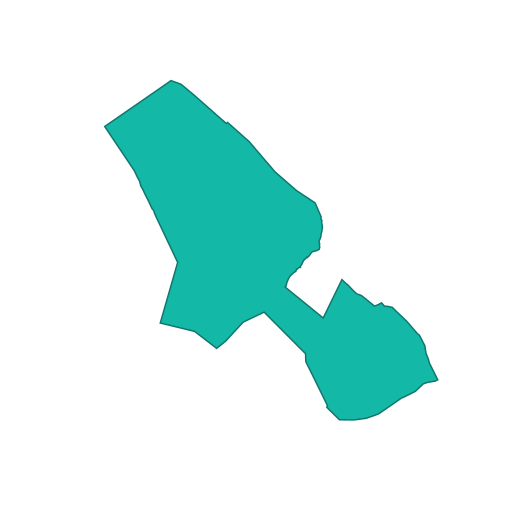 outline of San Juan Sayultepec, Oaxaca, Mexico, rotated 245°
{"feature_id": "50627088B209371934126", "entity_name": "San Juan Sayultepec", "entity_type": "district", "adm_level": 2, "iso_a3": "MEX", "parent_name": "Mexico", "parent_adm1": "Oaxaca", "projection": "robinson", "projection_center": [-97.293, 17.449], "detail": "fine", "context": "isolated", "style": "filled", "palette": "teal", "viewbox_px": 512, "rotation_deg": 245, "n_neighbors": 0, "source": "geoboundaries", "source_scale": "gbopen_adm2", "svg_char_len": 2059}
<svg xmlns="http://www.w3.org/2000/svg" viewBox="0 0 512 512"><g transform="rotate(245 256 256)"><path d="M279.2,332.0L283.7,329.2L283.9,329.1L284.0,329.1L290.9,324.8L298.3,320.3L299.9,319.6L308.2,315.9L323.7,309.0L324.3,308.8L324.8,308.6L327.3,307.9L327.8,307.8L331.2,306.9L332.8,306.4L334.7,305.9L336.1,305.5L337.0,305.2L337.4,305.1L338.8,304.7L340.1,304.4L340.6,304.2L344.7,303.1L349.3,301.8L350.4,301.5L353.2,300.7L355.7,300.1L358.0,299.4L358.8,299.2L362.4,298.2L369.1,295.3L371.6,294.2L374.1,293.2L376.5,292.1L381.4,290.0L383.9,288.9L389.1,286.7L388.6,285.1L400.1,280.0L401.8,279.3L406.2,277.4L408.9,276.2L417.6,272.4L426.8,268.4L429.4,267.2L443.4,260.6L444.4,259.6L448.1,255.9L450.9,253.1L450.2,249.2L437.3,173.6L384.5,181.8L379.0,181.8L378.0,181.8L372.9,182.1L368.3,181.2L363.6,181.6L360.1,181.5L354.1,181.7L350.3,181.8L342.8,181.8L340.5,182.5L337.8,182.1L334.9,182.0L283.3,182.3L235.7,140.9L213.6,168.5L188.9,181.3L191.7,192.6L201.5,216.4L201.7,239.6L200.4,240.1L146.5,259.6L139.2,256.5L133.0,256.6L132.7,256.7L130.7,256.7L93.0,257.5L89.7,257.3L89.0,256.2L72.3,262.4L66.0,275.6L62.3,287.3L61.1,300.4L61.2,300.9L61.9,305.2L63.3,313.5L65.9,328.5L65.6,329.1L66.0,343.3L69.4,353.4L69.0,357.8L66.9,365.6L67.0,368.4L85.9,367.9L89.5,368.6L96.1,369.0L103.4,371.1L115.3,370.6L117.0,369.6L132.9,365.1L147.8,359.3L151.9,357.8L154.8,353.9L156.3,351.2L160.5,350.0L160.5,349.9L160.2,345.9L160.6,342.2L175.3,335.0L176.0,334.5L179.0,331.4L182.7,329.8L191.7,326.8L192.5,326.1L198.3,323.9L171.4,290.7L171.6,290.6L215.5,269.3L216.3,270.8L218.5,272.4L218.9,272.8L221.7,275.9L223.2,278.0L224.4,281.0L224.3,281.8L225.1,283.1L225.2,285.5L227.1,287.3L226.7,288.1L227.5,290.3L226.9,291.4L227.7,291.6L229.1,294.0L231.7,297.0L233.4,301.5L232.9,301.6L233.8,304.6L234.8,306.1L235.6,307.7L236.1,309.1L235.8,310.3L235.2,313.6L235.3,316.1L235.9,316.5L236.8,317.4L238.8,318.0L240.6,319.0L242.7,319.2L244.3,321.2L245.9,322.8L248.3,324.2L250.1,325.8L254.2,328.5L259.3,329.9L260.1,330.7L262.0,330.5L264.0,331.6L279.2,332.0Z" fill="#14b8a6" stroke="#0f766e" stroke-width="1.5"/></g></svg>